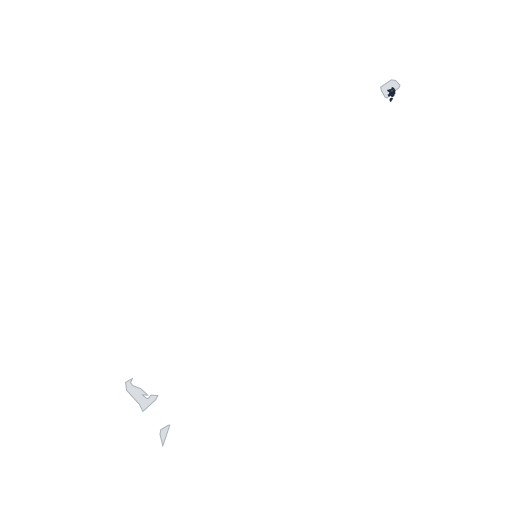 Neiafu, Vava'u, Tonga (highlighted), rotated 17°
{"feature_id": "48082658B15752007893328", "entity_name": "Neiafu", "entity_type": "district", "adm_level": 2, "iso_a3": "TON", "parent_name": "Tonga", "parent_adm1": "Vava'u", "projection": "natural_earth1", "projection_center": [-173.963, -18.667], "detail": "fine", "context": "in_parent", "style": "filled", "palette": "slate", "viewbox_px": 512, "rotation_deg": 17, "n_neighbors": 0, "source": "geoboundaries", "source_scale": "gbopen_adm2", "svg_char_len": 3261}
<svg xmlns="http://www.w3.org/2000/svg" viewBox="0 0 512 512"><g transform="rotate(17 256 256)"><path d="M192.7,424.0L194.4,424.0L196.3,419.7L202.9,418.2L202.1,422.8L193.3,437.7L187.8,431.9L171.5,422.3L168.2,415.0L173.6,409.4L173.1,413.9L175.8,415.9L184.9,416.7L193.1,420.7L188.0,422.0L192.7,424.0ZM339.9,58.0L335.3,66.5L333.1,66.4L327.7,61.4L325.8,58.1L333.9,48.0L338.1,47.3L343.8,50.6L343.5,53.5L339.9,58.0ZM223.0,443.0L222.4,464.7L216.4,454.8L215.7,450.1L221.7,443.4L223.0,443.0Z" fill="#d9dde1" stroke="#a8b0b8" stroke-width="1"/><path d="M337.3,55.7L337.3,56.0L337.4,56.4L337.5,56.5L337.2,56.8L336.8,57.1L336.7,57.3L336.6,57.5L336.4,57.9L336.2,58.1L335.8,58.0L335.4,58.1L335.2,58.4L335.2,58.6L335.0,58.8L334.9,58.8L334.8,58.7L334.6,58.9L334.4,58.9L334.2,59.0L333.9,59.1L334.0,59.3L334.2,59.5L334.5,59.5L334.7,59.4L334.8,59.2L335.0,59.3L335.2,59.5L335.8,59.6L335.9,59.8L336.0,59.8L336.3,59.9L336.2,59.9L336.2,60.0L336.3,60.0L336.4,60.3L336.5,60.4L336.4,60.4L336.4,60.5L336.5,60.6L336.6,60.9L336.5,61.3L336.6,61.5L336.5,62.1L336.4,62.2L336.4,62.3L336.7,62.3L336.4,62.3L336.4,62.6L336.3,62.8L336.2,63.0L336.1,63.3L336.1,63.2L336.0,63.3L335.8,63.4L335.9,63.5L336.0,63.6L336.1,63.9L336.3,63.9L336.5,63.9L336.6,63.7L336.4,63.8L336.3,63.7L336.4,63.4L336.5,63.4L336.6,63.5L336.9,63.4L337.0,63.4L337.3,63.2L337.4,62.9L337.3,62.6L337.2,62.4L337.2,62.2L337.4,61.9L337.3,61.7L337.2,61.4L337.2,61.0L337.2,60.9L337.2,60.7L337.0,60.4L336.9,60.3L336.9,60.2L337.0,59.9L337.2,59.7L337.3,59.7L337.6,59.7L337.7,59.9L337.8,59.9L338.3,60.1L338.6,60.2L338.6,60.3L338.6,60.6L338.5,61.0L338.5,61.4L338.4,61.6L338.2,61.8L337.9,62.1L338.0,62.1L338.1,62.3L338.4,62.4L338.5,62.4L338.7,62.2L338.7,61.9L338.8,61.9L339.0,61.7L338.9,61.6L338.9,61.2L339.0,61.0L339.0,60.9L339.0,60.7L338.9,60.7L338.8,60.8L338.8,60.7L338.7,60.6L338.8,60.5L338.7,60.4L338.7,60.2L338.8,60.2L338.9,60.3L339.0,60.3L339.0,60.2L338.9,60.3L338.9,60.2L339.0,60.2L338.9,59.9L338.9,59.7L338.8,59.4L339.0,59.3L339.0,59.2L339.1,59.3L339.2,59.2L339.3,59.1L339.4,58.9L339.5,59.0L339.5,58.9L339.6,59.0L339.8,59.0L340.0,59.1L339.9,59.3L340.1,59.4L340.1,59.5L340.2,59.8L340.2,60.0L340.2,60.3L340.0,60.5L339.9,60.5L340.0,60.6L340.3,60.7L340.6,60.5L340.7,60.3L340.8,60.3L340.9,60.2L341.0,60.2L341.0,59.9L340.9,59.8L340.6,59.7L340.4,59.7L340.2,59.8L340.2,59.7L340.3,59.7L340.4,59.4L340.2,59.4L340.2,59.0L340.3,59.0L340.5,59.1L340.6,58.9L340.5,58.7L340.4,58.7L340.1,58.6L340.1,58.4L340.3,57.8L340.3,57.7L340.4,57.4L340.3,57.2L340.2,57.1L339.9,57.2L339.9,57.3L339.8,57.5L339.6,57.4L339.4,57.3L339.3,57.2L339.4,56.9L339.3,56.7L339.2,56.2L338.9,55.9L338.2,55.6L338.2,55.8L337.6,55.6L337.5,55.8L337.3,55.7ZM339.9,65.5L339.7,65.6L339.1,66.0L338.9,66.3L338.8,66.5L338.7,66.7L338.7,67.2L338.7,67.4L338.7,67.5L338.8,67.6L338.9,67.8L339.0,67.9L339.1,68.0L339.4,68.4L339.5,68.3L339.5,68.2L339.6,67.9L339.6,67.7L339.6,67.3L339.5,67.1L339.5,66.9L339.5,66.7L339.4,66.7L339.5,66.5L339.5,66.4L339.7,66.2L339.8,66.1L340.0,66.1L340.3,65.9L340.2,65.7L339.9,65.5ZM339.8,62.2L339.7,62.3L339.7,62.5L339.4,62.6L339.3,62.8L339.2,62.8L339.1,63.0L339.0,63.3L339.3,63.4L339.6,63.4L339.8,63.3L339.9,63.2L340.0,63.1L339.9,63.1L339.9,62.9L339.8,62.6L339.9,62.3L340.0,62.2L339.9,62.2L339.8,62.2Z" fill="#64748b" stroke="#1e293b" stroke-width="1.5"/></g></svg>